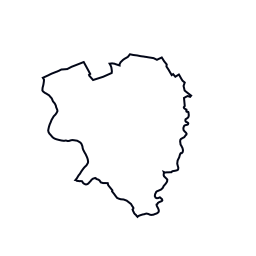 outline of Caxhuacan, Puebla, Mexico, rotated 148°
{"feature_id": "50627088B49115347423872", "entity_name": "Caxhuacan", "entity_type": "district", "adm_level": 2, "iso_a3": "MEX", "parent_name": "Mexico", "parent_adm1": "Puebla", "projection": "orthographic", "projection_center": [-97.605, 20.075], "detail": "fine", "context": "isolated", "style": "outline", "palette": "ink", "viewbox_px": 256, "rotation_deg": 148, "n_neighbors": 0, "source": "geoboundaries", "source_scale": "gbopen_adm2", "svg_char_len": 4873}
<svg xmlns="http://www.w3.org/2000/svg" viewBox="0 0 256 256"><g transform="rotate(148 128 128)"><path d="M173.6,215.7L173.6,214.2L173.7,213.4L174.8,211.9L176.6,209.8L177.0,209.4L177.7,208.7L179.0,207.5L180.0,206.2L180.7,205.2L180.7,204.3L180.5,203.5L179.8,201.7L179.0,200.4L178.4,199.1L177.6,197.5L177.4,195.8L177.2,194.9L177.0,193.5L177.2,192.0L177.3,191.7L177.5,190.3L177.1,187.6L177.2,186.6L177.3,185.6L177.5,184.7L177.9,183.8L178.2,181.9L178.4,180.8L178.9,179.7L180.3,178.8L180.5,178.7L182.3,177.9L184.8,177.3L186.9,176.2L188.3,175.5L189.7,174.5L190.6,173.8L192.4,172.6L194.3,171.0L195.8,169.5L197.0,168.2L197.6,166.4L197.6,164.6L197.4,163.8L197.2,162.5L196.9,160.4L196.4,158.9L195.5,157.4L194.6,156.3L193.1,154.7L191.6,153.2L191.1,152.7L189.3,151.2L189.0,151.0L187.3,150.3L186.4,149.3L185.9,148.8L184.6,148.2L184.3,148.2L184.2,148.1L182.8,147.8L181.3,147.1L181.1,146.9L179.4,145.5L179.1,145.2L178.0,144.3L177.9,144.2L177.2,143.0L176.9,142.4L176.5,141.7L176.3,141.2L176.1,140.8L175.9,139.3L176.0,138.7L176.2,137.5L176.4,136.6L176.7,135.9L177.2,134.7L177.6,132.8L177.6,132.2L177.7,131.4L177.8,129.5L177.8,128.6L177.8,128.3L178.1,126.0L178.2,125.2L178.4,124.1L178.8,122.6L179.7,120.6L179.9,120.3L180.6,119.6L183.1,118.3L185.2,117.9L185.6,117.8L186.9,117.4L187.4,117.2L187.9,117.0L188.7,116.7L190.8,115.8L191.6,115.4L192.7,114.8L194.0,114.3L194.8,114.1L196.2,113.4L197.9,112.5L200.2,111.7L199.5,111.0L199.3,110.2L198.3,109.5L197.2,108.5L196.3,108.1L195.2,107.2L195.2,105.2L195.0,104.6L194.9,104.3L194.4,103.4L193.8,102.6L193.6,102.5L193.1,102.2L192.0,101.9L191.0,102.0L189.8,102.3L188.9,102.6L187.9,102.8L186.4,103.4L184.7,103.6L182.3,103.0L181.8,102.1L181.9,101.6L180.4,99.8L179.9,98.4L179.9,96.3L178.3,94.5L174.4,92.0L175.1,89.9L174.3,83.4L175.1,82.7L174.7,79.3L174.6,77.4L174.3,74.5L173.5,73.3L173.3,73.0L171.9,71.4L169.6,69.7L167.6,67.1L166.9,65.2L165.7,61.9L165.8,59.9L165.7,57.6L166.2,56.8L167.3,56.5L167.7,54.6L167.7,53.9L167.9,52.9L167.8,51.4L167.3,49.9L167.3,48.8L167.0,47.6L166.2,47.9L165.4,47.8L163.8,47.5L162.6,47.2L161.4,46.9L160.0,46.3L158.7,46.0L157.6,45.6L156.3,44.3L155.3,42.8L154.3,41.9L152.3,41.0L150.9,40.8L149.8,40.5L148.5,40.3L147.4,40.4L146.4,40.7L145.8,41.4L145.3,42.5L145.0,44.3L145.0,44.9L144.9,46.1L144.8,46.9L144.7,47.2L144.3,48.0L143.4,48.0L142.3,48.6L141.7,48.6L140.7,48.6L139.7,48.4L139.0,48.3L138.1,48.1L137.2,48.5L136.9,49.7L137.3,51.0L137.7,52.3L139.6,52.6L140.8,53.2L141.5,54.3L141.3,56.1L140.1,57.5L138.9,58.2L138.1,58.8L137.2,59.0L135.4,58.7L134.7,58.6L132.4,58.3L130.2,58.8L128.8,59.7L128.5,59.9L126.5,60.5L125.8,60.7L124.8,61.1L123.2,61.9L122.7,62.6L122.1,63.2L122.1,64.4L122.4,65.3L122.6,66.3L122.9,67.4L123.0,68.1L122.8,68.6L122.8,69.0L122.5,69.4L122.3,69.8L122.1,70.1L121.7,70.4L121.2,70.8L121.0,71.8L120.2,70.6L118.7,69.9L117.2,69.0L115.1,67.8L114.6,67.5L113.9,67.8L112.9,67.7L111.7,67.2L111.3,67.0L109.0,66.2L107.6,66.2L106.7,67.2L106.4,67.6L105.8,69.7L105.5,70.6L105.2,71.6L103.2,74.1L102.1,74.8L100.8,75.6L100.1,76.0L99.6,76.5L98.5,77.5L97.7,78.2L96.7,78.7L95.9,78.2L94.6,78.5L93.4,79.6L92.8,80.9L92.4,82.3L92.3,83.5L92.3,84.1L92.2,84.3L92.2,86.1L91.5,87.6L90.9,89.0L89.9,90.2L89.0,90.6L87.9,90.6L86.1,90.5L85.2,90.4L83.9,90.9L83.1,91.3L82.1,91.4L81.4,92.0L81.3,93.1L81.8,95.2L82.0,96.6L81.5,97.9L80.9,98.8L80.0,99.5L79.1,100.1L78.2,100.1L77.3,99.8L76.2,99.4L75.2,99.3L74.5,99.9L74.4,100.1L74.4,100.6L74.9,101.7L75.5,102.3L75.6,103.4L75.2,104.3L74.5,104.9L73.1,104.9L72.0,105.0L71.8,105.0L71.3,105.2L70.7,105.5L69.6,106.7L69.1,107.9L68.6,108.8L68.4,109.7L68.9,110.2L69.4,110.4L69.7,111.0L69.5,111.7L69.1,111.9L68.7,112.6L69.0,113.0L69.1,113.3L69.4,113.8L69.8,114.6L69.9,115.4L69.7,116.0L69.3,116.2L68.2,116.6L64.6,123.8L62.2,123.7L60.5,123.5L58.8,121.5L57.3,122.0L58.4,124.9L58.8,126.0L59.7,128.5L60.1,129.8L58.6,134.2L55.8,136.5L56.7,139.2L56.7,140.8L56.7,141.5L56.6,143.8L56.5,145.3L56.5,146.4L59.6,146.4L60.7,146.4L61.2,149.8L62.9,149.7L62.8,153.5L62.7,156.1L62.8,159.0L62.8,159.8L61.5,161.4L62.0,165.5L62.0,165.8L62.0,169.9L67.0,170.5L67.3,170.5L69.1,173.4L69.3,173.7L71.8,175.9L72.2,176.2L74.0,177.8L74.4,178.2L76.1,179.6L76.5,180.0L76.8,180.3L77.1,180.5L77.6,180.9L78.1,181.3L79.2,182.2L81.8,184.7L84.8,187.1L87.3,189.5L88.1,189.2L89.2,188.8L90.3,188.4L91.7,188.4L93.8,188.5L94.7,188.5L96.2,188.4L99.4,187.7L101.3,186.6L102.0,185.5L104.1,188.0L105.6,189.9L105.8,190.0L107.2,191.2L109.5,192.3L109.6,190.3L110.0,188.2L111.1,185.7L111.7,184.5L112.7,183.3L121.9,184.6L132.2,187.2L133.0,192.3L133.1,192.6L132.9,193.7L131.4,193.9L131.3,195.9L131.2,196.9L131.0,200.5L130.9,202.1L130.6,207.4L131.0,207.5L133.3,207.9L138.7,208.9L141.3,209.4L143.4,209.8L148.4,210.2L148.7,210.4L149.7,210.9L152.0,212.1L153.5,212.9L155.4,213.1L155.9,213.1L157.1,213.3L158.0,213.4L158.4,213.5L159.8,213.8L161.5,214.1L163.6,214.5L166.0,214.8L167.5,214.9L169.7,215.2L170.6,215.3L173.6,215.7Z" fill="none" stroke="#020617" stroke-width="2"/></g></svg>